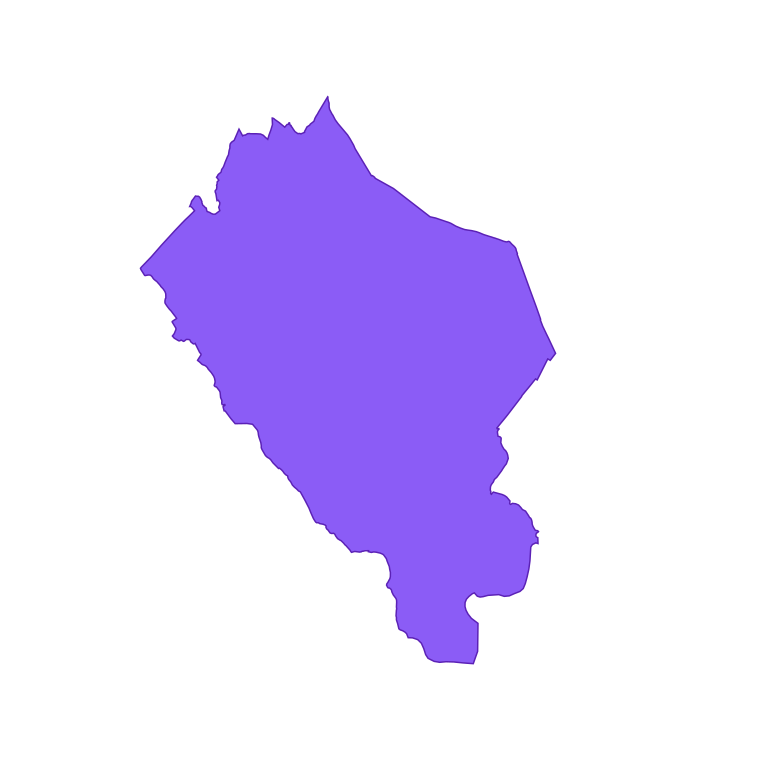 Damienesti, Bacau, Romania, rotated 246°
{"feature_id": "2599482B59619146146523", "entity_name": "Damienesti", "entity_type": "district", "adm_level": 2, "iso_a3": "ROU", "parent_name": "Romania", "parent_adm1": "Bacau", "projection": "equal_earth", "projection_center": [27.01, 46.742], "detail": "fine", "context": "isolated", "style": "filled", "palette": "violet", "viewbox_px": 768, "rotation_deg": 246, "n_neighbors": 0, "source": "geoboundaries", "source_scale": "gbopen_adm2", "svg_char_len": 6169}
<svg xmlns="http://www.w3.org/2000/svg" viewBox="0 0 768 768"><g transform="rotate(246 384 384)"><path d="M610.8,453.3L614.6,453.4L621.8,452.7L626.4,452.0L640.5,447.9L645.2,446.9L650.5,446.6L651.9,446.3L657.0,446.0L659.5,446.6L663.0,448.1L665.3,448.3L667.5,448.8L669.0,449.5L669.3,449.4L659.2,435.0L657.4,432.7L656.8,431.6L654.9,429.1L652.5,426.8L651.5,422.8L651.3,422.2L650.7,421.4L650.2,418.2L648.2,415.7L647.3,414.5L647.1,414.2L646.2,413.8L646.3,409.8L647.1,409.0L647.8,407.1L650.8,405.3L653.9,404.7L656.2,404.4L656.5,404.1L657.1,404.0L657.4,404.2L658.0,404.2L658.3,403.7L659.4,403.6L661.0,403.9L661.2,403.3L660.2,402.3L660.5,401.0L659.0,397.8L665.6,394.5L670.3,391.7L671.1,391.4L672.2,390.5L672.4,390.0L666.3,387.6L662.1,384.0L658.2,380.2L654.8,377.3L657.5,376.0L660.3,374.9L662.6,372.9L664.4,369.4L666.9,363.9L667.5,363.0L668.2,361.1L667.8,358.8L668.3,357.1L668.2,355.8L675.8,355.2L667.5,346.2L667.0,343.3L666.3,341.8L665.8,341.1L664.3,340.1L662.3,339.2L660.3,337.5L656.6,335.1L655.3,333.4L651.2,329.1L648.4,326.4L647.2,325.0L646.1,323.1L645.2,322.3L644.4,321.8L643.7,321.0L643.0,318.3L642.6,317.4L641.8,316.5L641.0,315.1L637.4,316.0L636.5,313.8L634.6,312.9L633.7,311.9L632.5,311.7L630.0,310.2L629.3,308.5L628.2,307.9L626.2,307.8L619.4,306.0L619.3,307.3L617.4,307.7L616.2,307.7L614.6,306.7L612.7,304.9L609.1,304.5L607.8,299.0L608.6,297.0L610.4,295.3L611.6,294.6L613.5,292.6L615.1,292.7L617.0,293.2L617.8,292.5L619.5,292.0L620.9,291.2L623.9,291.4L624.5,291.8L627.2,291.9L629.6,291.6L630.9,290.9L632.2,288.4L632.4,288.2L630.2,284.4L629.8,283.5L628.8,282.2L627.7,281.4L625.2,278.7L625.0,279.3L624.3,279.9L622.9,280.5L619.3,281.4L616.6,274.2L614.8,269.1L613.4,265.5L609.1,255.1L601.2,236.9L594.9,223.3L589.6,210.2L588.8,208.6L587.3,208.5L580.6,209.5L580.2,209.9L579.5,212.9L578.7,214.5L578.0,215.2L577.2,215.4L576.4,215.8L575.2,215.9L573.5,216.3L571.2,217.4L570.3,218.0L564.9,219.7L563.8,219.8L560.8,220.9L557.4,221.5L555.2,221.3L552.7,220.3L551.2,219.6L550.8,218.9L549.2,217.8L547.7,217.1L546.6,216.9L543.2,217.5L539.1,218.5L538.5,218.8L538.3,218.9L536.6,219.4L535.5,219.6L528.4,221.3L528.1,220.7L527.6,217.6L527.3,216.1L527.1,215.8L526.8,215.7L519.6,216.6L518.3,216.0L515.3,212.8L513.9,210.2L511.2,211.0L507.0,214.0L506.6,214.7L506.5,215.2L506.7,216.1L506.6,216.6L504.6,218.1L504.4,218.6L504.6,219.6L505.1,221.5L504.8,222.3L503.7,224.3L503.4,224.5L502.5,224.6L501.2,224.6L498.7,225.8L497.9,226.6L497.8,227.4L497.9,228.0L488.1,228.4L485.7,229.0L485.0,228.6L481.5,223.3L480.7,223.6L479.3,224.4L476.1,225.7L475.2,226.4L473.9,227.8L472.7,228.6L470.9,229.3L468.9,229.5L464.9,230.8L460.5,231.6L458.1,231.5L455.2,230.8L453.9,230.1L451.8,228.3L451.3,228.3L450.3,228.7L449.3,229.8L444.7,230.9L443.1,230.9L438.0,229.2L435.3,229.2L434.0,228.8L432.8,228.1L431.8,227.8L430.9,227.8L430.4,228.5L430.2,229.8L430.0,230.2L429.4,230.2L429.1,229.4L429.0,228.3L428.7,227.7L424.5,227.0L423.8,228.0L414.4,230.1L408.3,231.9L403.7,242.7L400.7,247.5L394.0,249.4L392.7,249.6L390.8,249.3L388.6,248.6L386.5,248.2L380.4,247.6L377.6,246.8L375.6,245.9L373.5,245.9L366.8,246.6L364.5,247.6L362.6,249.0L360.9,249.7L357.1,250.5L349.7,253.3L349.6,254.3L347.4,255.4L345.4,256.1L342.8,256.6L340.7,257.5L339.3,258.6L337.4,258.1L335.6,258.1L332.5,259.0L329.0,259.2L326.2,260.2L323.6,261.5L321.1,262.4L319.5,263.7L310.0,264.5L301.3,265.0L295.7,264.8L289.8,264.8L286.8,265.2L285.5,265.5L284.6,266.1L284.0,267.6L282.6,268.5L280.6,271.4L279.0,272.9L277.9,273.3L276.4,272.6L274.6,272.8L273.5,273.4L269.8,274.2L268.7,275.4L268.1,277.3L266.7,278.0L265.0,278.0L261.6,278.7L259.2,280.3L258.3,281.1L255.0,282.4L253.0,282.9L251.9,283.5L245.9,285.4L244.1,285.6L243.4,285.9L243.2,287.6L242.9,289.2L240.4,293.3L239.9,295.0L240.1,295.9L239.7,297.0L239.4,298.8L238.0,302.1L237.2,301.5L235.3,303.9L234.8,306.2L233.7,308.2L231.1,311.7L229.8,312.9L228.9,313.7L227.8,314.2L223.5,315.1L220.7,314.8L215.1,314.6L212.6,313.9L209.2,313.2L205.5,311.5L203.9,310.3L201.1,306.7L200.3,305.3L199.2,304.5L196.8,304.6L196.0,304.9L195.4,306.0L193.8,306.8L192.7,307.0L190.7,306.6L187.5,306.7L183.2,307.7L181.6,307.6L179.5,306.8L175.3,304.7L173.4,304.1L172.3,303.3L167.3,300.7L165.6,300.4L163.4,299.4L159.5,299.0L154.3,298.0L152.8,298.8L151.0,300.7L148.9,302.2L146.7,303.1L142.4,302.9L140.5,306.8L136.8,310.8L132.0,312.7L126.0,312.7L119.8,312.0L115.4,312.7L110.2,317.0L107.1,321.7L105.1,327.6L101.7,334.7L97.1,342.7L92.2,351.8L101.7,360.8L127.1,372.5L134.4,368.5L139.6,367.2L144.0,366.9L147.8,367.5L151.4,369.2L153.9,371.8L155.4,375.2L156.5,379.5L156.4,381.6L152.2,382.9L150.3,385.1L149.4,388.1L148.6,393.1L144.9,403.2L141.1,407.5L139.5,412.3L139.5,417.8L139.2,423.8L140.5,428.0L144.2,431.9L149.6,436.3L156.1,441.1L163.1,445.4L175.4,451.8L177.0,454.3L177.1,458.1L175.6,459.8L181.1,462.0L181.9,461.3L182.8,460.9L184.0,461.2L184.9,461.7L185.9,462.8L185.8,463.5L186.0,464.4L186.3,465.1L187.5,464.7L188.4,463.3L188.9,462.7L192.0,462.3L193.7,462.2L195.7,462.4L197.6,463.1L199.6,463.5L201.1,463.5L202.0,463.3L202.7,462.7L204.9,462.5L210.3,461.6L213.0,459.4L215.8,458.7L218.7,457.7L221.0,455.6L222.7,452.8L222.5,450.7L223.5,450.1L225.9,451.5L230.8,450.1L233.0,448.8L235.0,447.0L240.8,439.9L239.6,437.2L240.6,436.9L242.4,437.9L243.8,437.9L246.7,439.4L248.0,440.6L249.0,442.1L250.0,444.0L251.9,446.0L252.9,449.1L257.0,456.3L258.2,458.0L260.1,461.0L261.3,463.3L265.4,467.2L268.8,468.1L271.1,468.3L273.6,468.0L275.7,467.1L279.0,466.7L282.8,466.8L286.4,468.8L287.1,469.0L288.2,468.7L288.8,468.2L290.0,466.9L294.2,468.1L295.4,469.3L296.0,470.7L296.6,470.8L297.1,469.2L297.9,469.2L304.1,481.6L306.2,485.6L316.6,504.7L317.2,505.1L322.7,516.2L327.0,524.5L325.4,525.6L340.3,543.8L338.0,545.5L342.2,553.2L358.8,552.9L363.9,552.7L372.4,552.5L379.0,552.9L379.4,553.4L391.7,554.4L411.1,555.7L448.4,558.4L448.9,558.9L452.0,559.1L453.7,559.5L455.2,559.4L457.1,558.8L459.6,557.7L461.7,557.0L462.7,556.7L463.4,556.1L463.7,555.7L463.8,554.2L464.1,553.5L465.6,551.5L469.5,547.6L479.9,535.9L483.1,532.9L485.6,530.3L488.5,526.4L490.5,523.2L492.3,520.5L495.4,517.2L499.0,513.8L503.4,510.6L504.8,509.3L514.6,498.7L518.0,494.1L558.7,472.2L575.5,459.6L576.4,459.6L577.9,458.9L579.2,458.0L579.4,457.2L610.8,453.3Z" fill="#8b5cf6" stroke="#5b21b6" stroke-width="1.5"/></g></svg>